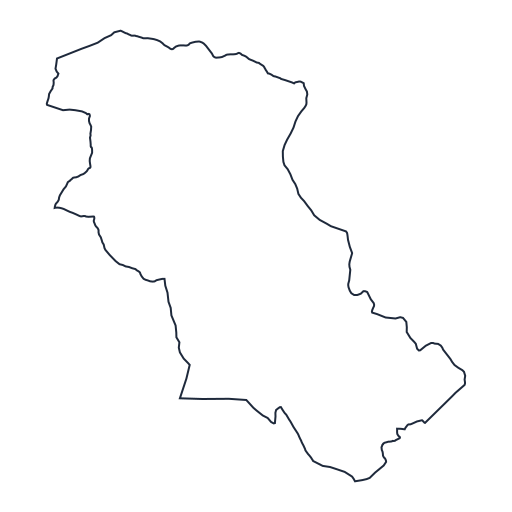 Sotanga, Dâmbovita, Romania (Equal Earth projection)
{"feature_id": "2599482B74032369078815", "entity_name": "Sotanga", "entity_type": "district", "adm_level": 2, "iso_a3": "ROU", "parent_name": "Romania", "parent_adm1": "Dâmbovita", "projection": "equal_earth", "projection_center": [25.375, 44.974], "detail": "fine", "context": "isolated", "style": "outline", "palette": "slate", "viewbox_px": 512, "rotation_deg": 0, "n_neighbors": 0, "source": "geoboundaries", "source_scale": "gbopen_adm2", "svg_char_len": 5847}
<svg xmlns="http://www.w3.org/2000/svg" viewBox="0 0 512 512"><path d="M465.0,383.5L465.0,382.3L464.6,379.5L465.2,375.8L464.0,371.8L462.4,370.2L458.2,367.7L454.5,365.0L452.1,361.9L450.4,359.0L443.1,349.6L442.3,347.7L440.8,345.6L438.1,343.9L434.6,343.6L433.1,343.0L431.1,343.0L425.8,345.7L420.2,350.3L418.9,350.5L417.1,348.7L415.8,343.8L414.4,342.1L410.4,338.0L406.7,332.0L406.8,327.2L406.3,321.9L403.0,317.9L400.2,317.2L395.5,318.5L385.6,317.5L377.1,314.1L372.2,312.6L371.9,311.6L372.2,310.2L373.1,308.0L374.0,306.1L374.1,305.3L374.1,304.5L373.7,303.1L370.8,299.3L367.3,292.2L367.0,291.9L365.0,291.2L363.4,291.2L360.8,293.7L357.2,295.0L354.1,295.0L351.3,293.2L349.8,290.7L349.1,288.8L348.5,287.1L348.2,285.0L348.3,283.7L349.2,280.4L350.3,269.8L349.5,266.9L349.3,264.3L349.7,261.6L352.1,253.3L352.1,253.0L349.8,246.8L348.0,239.8L347.6,236.2L347.3,234.1L347.0,232.8L346.0,231.4L330.9,226.2L326.9,223.8L319.7,219.9L314.2,215.3L311.2,210.3L307.7,206.0L304.1,201.1L300.9,197.7L298.4,193.9L297.2,188.7L295.3,184.1L292.5,179.8L290.4,174.3L287.7,169.2L284.5,165.3L283.4,161.9L282.9,156.7L282.8,151.1L284.6,145.0L287.1,139.7L290.7,133.4L293.5,127.6L295.5,121.4L298.0,116.1L301.4,111.3L304.3,107.9L305.7,105.7L306.3,104.4L306.5,102.8L306.3,98.2L307.3,94.4L306.9,91.5L305.7,89.4L305.0,88.0L304.0,85.9L303.7,83.2L300.8,81.7L300.0,81.5L299.0,81.5L298.0,81.8L295.5,82.3L294.8,82.7L294.1,83.4L291.9,82.4L285.1,80.1L281.0,78.9L280.4,78.3L277.1,77.1L274.8,76.3L274.5,76.4L273.8,76.2L273.3,76.0L272.5,75.4L271.5,74.7L270.3,74.1L269.2,73.6L267.9,73.4L266.7,71.3L265.8,70.1L265.5,69.4L264.7,68.1L264.4,67.4L264.0,66.8L263.3,65.9L260.6,64.2L259.4,63.4L259.3,63.2L258.9,62.9L256.6,62.5L255.5,61.9L252.8,60.6L250.7,59.8L248.9,59.0L248.1,58.3L246.7,57.1L245.7,56.4L244.0,55.6L242.0,54.9L240.6,53.6L239.3,53.0L238.8,52.9L238.1,53.1L236.8,53.8L235.6,54.1L233.6,54.3L230.7,54.3L227.2,54.6L226.2,54.9L225.3,55.5L222.0,57.0L219.8,57.4L216.1,57.7L214.8,57.3L214.0,56.8L213.3,56.2L211.9,53.5L206.0,45.8L203.7,43.5L202.1,42.5L199.7,41.6L198.7,41.5L195.4,41.8L192.1,42.6L190.0,43.3L189.6,43.6L188.7,44.7L187.5,45.3L186.1,45.6L183.5,45.4L180.3,45.4L178.6,45.6L176.0,46.5L174.0,48.0L173.5,48.6L172.7,49.1L171.6,49.2L170.4,48.8L169.0,47.7L167.7,46.9L164.7,45.3L163.8,44.6L162.6,43.3L160.1,41.4L157.1,40.1L154.1,39.2L152.5,38.9L147.8,38.2L143.8,38.3L142.4,38.0L142.0,37.7L138.6,36.7L137.2,36.2L136.2,36.1L135.2,35.7L134.3,35.6L132.3,35.7L131.8,35.7L130.9,35.4L130.2,35.0L128.5,34.3L127.1,33.5L125.8,33.2L124.7,32.7L122.0,31.3L120.6,30.7L114.3,32.3L111.1,35.2L104.6,38.1L97.7,42.7L89.5,45.9L81.5,48.8L57.0,58.5L56.2,64.6L55.5,68.7L56.7,71.6L58.4,73.6L57.5,76.2L56.3,77.7L55.1,78.2L53.8,79.6L53.5,80.5L53.7,82.7L53.5,85.0L52.6,87.0L52.5,88.5L50.7,91.1L49.1,94.0L48.8,96.7L48.5,98.3L47.2,102.2L46.8,103.7L46.9,104.4L47.1,104.9L63.0,110.2L69.6,109.6L75.3,110.2L82.0,111.4L85.7,113.0L86.3,113.4L87.1,114.2L87.5,114.3L88.0,114.0L88.7,113.9L89.4,114.2L89.7,114.9L89.9,116.0L89.3,117.7L89.0,118.6L89.0,121.0L89.6,123.3L90.4,124.7L91.2,126.6L91.0,130.1L90.4,133.7L90.6,135.3L90.0,137.7L90.5,141.8L90.7,144.5L90.7,146.2L91.1,147.2L91.5,147.3L91.8,147.8L92.0,148.8L92.1,150.2L92.1,152.8L89.9,158.3L89.7,161.0L90.0,163.4L90.4,165.7L90.5,167.0L90.1,167.8L88.7,168.4L87.9,169.3L87.3,170.5L86.6,171.4L85.7,172.2L84.6,173.2L83.2,174.1L80.6,175.0L78.3,176.5L76.1,177.3L74.2,177.5L73.0,177.8L71.6,179.2L70.3,180.2L69.8,180.9L68.7,181.5L67.8,182.2L67.2,183.7L65.9,186.5L63.6,189.2L59.9,195.3L59.1,197.5L58.8,199.6L58.4,200.5L57.6,201.8L55.9,203.7L55.4,204.7L54.9,206.5L54.7,207.9L55.4,207.7L57.5,207.6L59.6,207.8L61.7,208.3L63.8,209.0L66.9,210.5L69.9,211.9L72.5,212.8L76.4,214.5L79.1,215.8L80.4,216.3L81.5,216.4L82.0,216.3L83.8,216.0L85.2,216.1L85.9,216.5L86.6,216.6L88.5,216.8L90.4,216.7L93.3,216.5L93.8,216.5L94.1,216.8L94.3,217.7L94.3,218.7L93.8,220.5L93.8,221.4L94.1,222.4L94.5,223.2L94.9,224.3L95.2,225.1L95.9,226.3L97.6,228.1L98.4,229.6L98.6,230.9L98.5,232.1L99.0,234.5L100.8,237.3L101.9,240.7L102.4,242.5L103.7,244.5L104.5,248.1L105.4,249.9L109.7,255.0L115.6,261.1L119.5,264.2L122.8,265.0L125.6,266.4L129.0,267.0L132.1,268.2L135.5,269.1L136.6,270.2L138.2,271.1L139.5,272.0L140.1,272.9L140.4,274.0L141.7,276.4L143.6,278.8L145.6,279.8L147.7,280.4L150.1,281.3L152.7,281.6L154.6,281.4L156.5,280.2L159.4,279.5L162.2,278.9L164.5,278.9L165.3,285.7L167.5,292.7L168.5,301.8L170.7,307.9L171.4,315.4L175.6,325.5L176.3,332.7L176.4,337.3L179.4,342.3L178.8,347.7L179.9,352.4L183.7,358.6L188.1,363.1L189.7,364.9L186.4,378.6L179.9,398.3L202.5,399.0L228.9,398.8L246.3,400.0L253.4,407.8L256.4,410.4L262.8,415.5L267.7,418.0L271.1,422.0L273.7,423.4L274.9,423.1L275.5,416.5L275.4,412.8L276.1,410.0L278.1,408.4L279.8,407.2L280.9,407.1L282.4,409.6L284.1,412.2L284.9,413.3L286.2,414.6L287.8,417.3L289.2,419.7L290.0,420.8L290.9,422.3L293.5,427.0L297.8,433.6L298.8,435.7L298.9,436.1L300.4,439.3L301.2,440.7L301.3,441.3L302.3,443.4L303.4,445.4L305.1,449.1L305.4,450.3L306.0,451.2L308.1,454.1L309.3,455.4L311.2,457.8L311.5,458.4L312.9,460.5L313.1,461.0L322.7,465.9L330.0,467.0L334.9,468.6L344.7,471.9L352.1,476.6L353.7,478.9L355.0,481.3L362.3,480.1L366.6,479.1L369.7,477.9L375.2,472.5L383.7,465.5L386.1,461.9L386.0,460.9L385.9,460.4L385.2,458.8L384.7,458.1L384.1,457.7L383.4,456.5L383.0,455.6L382.9,454.2L382.8,453.2L382.5,451.6L381.8,450.0L381.5,447.2L381.9,446.4L382.4,444.8L383.1,444.3L383.1,443.8L383.5,443.4L384.7,442.7L386.0,442.4L388.3,441.7L389.4,441.7L391.8,441.4L392.5,440.9L393.9,441.0L395.1,440.7L395.8,440.1L399.5,438.3L399.9,437.8L399.9,437.2L399.4,436.6L399.1,436.5L398.3,435.7L397.3,434.0L397.1,432.3L397.1,428.7L400.8,428.8L404.7,429.3L405.5,427.7L407.5,425.1L408.0,424.7L408.6,424.4L409.5,424.4L410.5,424.3L411.8,423.8L413.6,423.0L417.1,421.4L418.5,421.1L421.7,420.3L422.2,420.3L424.5,422.7L425.0,422.9L452.0,396.4L455.5,392.8L464.6,384.9L465.0,383.5Z" fill="none" stroke="#1e293b" stroke-width="2"/></svg>